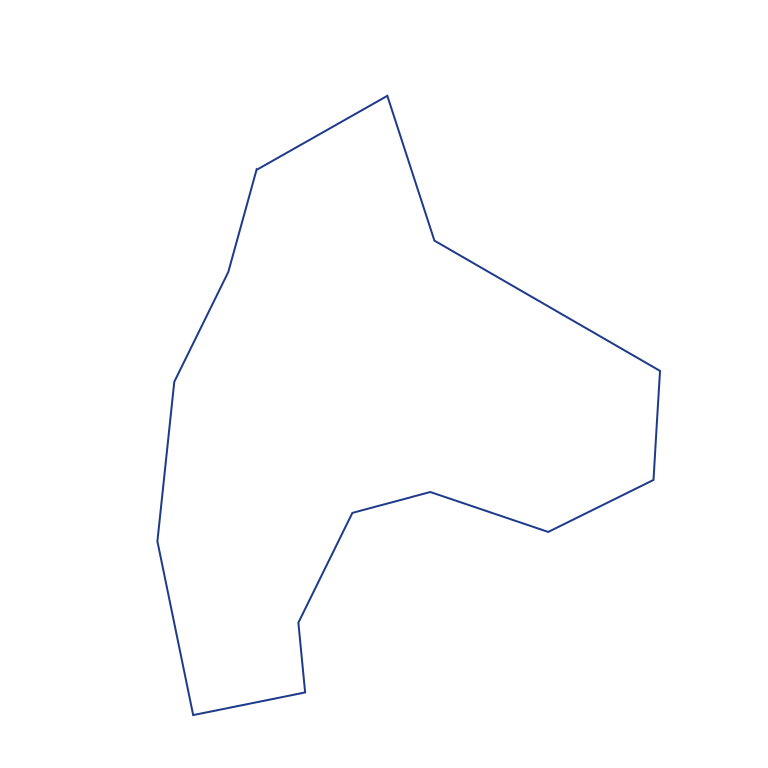 Burlöv, Skåne, Sweden, rotated 75°
{"feature_id": "70781695B8533917899851", "entity_name": "Burlöv", "entity_type": "district", "adm_level": 2, "iso_a3": "SWE", "parent_name": "Sweden", "parent_adm1": "Skåne", "projection": "mercator", "projection_center": [13.132, 55.659], "detail": "fine", "context": "isolated", "style": "outline", "palette": "blue", "viewbox_px": 768, "rotation_deg": 75, "n_neighbors": 0, "source": "geoboundaries", "source_scale": "gbopen_adm2", "svg_char_len": 381}
<svg xmlns="http://www.w3.org/2000/svg" viewBox="0 0 768 768"><g transform="rotate(75 384 384)"><path d="M654.4,654.0L661.5,540.0L592.4,528.5L500.3,447.9L500.3,367.3L569.4,263.7L546.4,148.5L491.6,130.3L442.8,114.0L362.2,194.6L258.6,298.2L106.5,306.2L144.1,451.3L143.8,451.5L235.5,505.4L327.6,586.0L477.3,643.6L654.4,654.0Z" fill="none" stroke="#1e3a8a" stroke-width="2"/></g></svg>